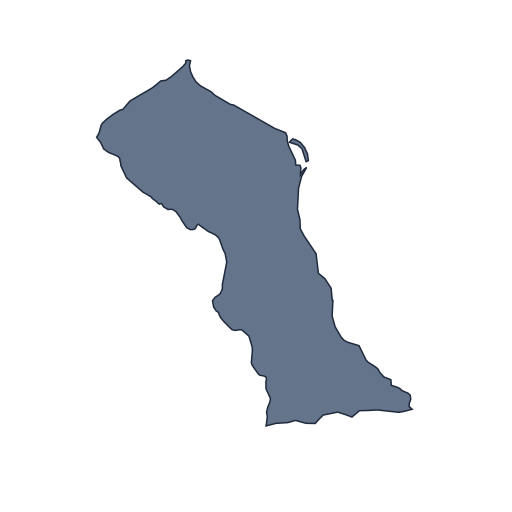 an SVG outline of Faro, rotated 244°
{"feature_id": "PRT-745", "entity_name": "Faro", "entity_type": "District", "adm_level": 1, "iso_a3": "PRT", "parent_name": "Portugal", "parent_adm1": "", "projection": "mercator", "projection_center": [-8.165, 37.247], "detail": "fine", "context": "isolated", "style": "filled", "palette": "slate", "viewbox_px": 512, "rotation_deg": 244, "n_neighbors": 0, "source": "natural_earth", "source_scale": "10m", "svg_char_len": 2446}
<svg xmlns="http://www.w3.org/2000/svg" viewBox="0 0 512 512"><g transform="rotate(244 256 256)"><path d="M432.6,164.8L434.8,168.1L436.8,170.2L441.2,173.9L442.6,175.9L444.5,182.0L446.0,189.9L446.7,197.1L446.2,200.7L450.6,210.8L452.6,236.6L455.1,247.3L453.4,252.2L454.6,259.5L458.5,273.8L459.3,275.3L459.8,276.7L460.6,277.8L462.2,278.4L462.2,280.4L460.3,282.8L456.0,279.5L450.4,278.0L444.5,277.8L439.0,278.4L433.4,280.6L422.9,287.9L418.6,289.4L403.6,299.3L401.5,302.1L362.4,328.8L353.9,336.6L350.2,336.5L346.2,334.7L340.7,333.6L324.8,333.4L320.4,331.6L318.2,335.3L315.4,335.0L312.1,332.9L309.6,331.6L312.2,335.6L313.0,337.7L313.4,340.4L307.6,331.9L298.3,324.0L279.9,313.8L269.3,311.4L261.1,307.7L252.4,308.1L231.7,311.0L222.9,307.9L213.1,304.5L205.4,308.0L194.1,309.4L182.9,305.2L182.4,305.7L168.7,298.1L157.6,296.1L145.6,297.0L141.8,298.1L138.4,300.5L130.2,309.3L114.4,309.3L111.3,310.2L104.6,314.4L101.3,316.0L97.4,316.2L91.3,317.9L85.6,323.0L80.5,320.9L75.9,325.6L73.8,327.2L71.1,328.2L65.9,332.6L63.2,333.6L59.3,332.2L56.5,329.3L53.7,327.6L49.8,329.2L51.6,320.2L53.0,315.7L54.2,313.8L64.3,297.8L68.1,288.9L71.6,281.2L69.2,271.6L73.9,267.2L79.9,260.9L83.6,246.6L81.6,240.9L79.5,235.8L83.7,227.6L90.9,219.4L92.3,211.6L96.8,200.7L98.9,190.5L102.0,192.7L107.0,195.9L111.0,197.0L115.1,200.4L117.3,203.0L119.7,205.3L121.7,206.5L132.3,206.8L139.1,210.0L140.5,211.4L143.0,211.9L144.5,210.7L145.9,209.0L147.1,207.2L149.2,206.3L159.2,204.7L162.3,205.1L172.2,211.1L176.0,212.7L187.1,214.5L191.7,212.6L196.0,210.7L197.4,207.7L197.9,205.3L199.5,203.0L200.5,202.0L210.6,198.5L216.0,197.2L218.9,197.1L221.6,197.6L223.9,196.2L228.5,195.5L234.9,197.3L236.8,201.1L237.4,205.8L238.1,207.7L241.3,211.4L245.2,213.3L263.3,227.0L271.6,229.3L276.7,229.3L286.4,230.4L289.1,230.3L293.1,228.6L298.9,223.9L307.9,219.0L309.8,218.3L309.8,216.9L307.8,214.2L307.1,212.8L307.5,210.7L308.5,208.5L311.9,206.1L320.4,204.9L323.8,204.8L331.0,203.5L334.3,201.5L335.7,199.3L336.2,197.4L340.7,194.5L344.6,194.1L344.9,191.9L346.5,191.0L348.6,190.4L353.3,187.9L354.9,187.8L356.4,186.7L358.2,185.7L362.7,182.5L382.9,173.9L396.5,174.1L398.0,174.9L401.6,175.6L403.3,176.3L405.5,175.8L408.3,173.8L413.5,169.0L418.8,166.1L426.2,166.1L432.6,164.8L432.6,164.8ZM318.8,342.4L332.2,344.3L337.3,342.3L343.5,336.0L344.1,337.0L344.5,338.0L345.2,340.4L343.7,341.5L343.5,342.4L338.7,345.6L332.2,347.2L325.1,347.0L318.8,344.9L318.8,342.4Z" fill="#64748b" stroke="#1e293b" stroke-width="1.5"/></g></svg>